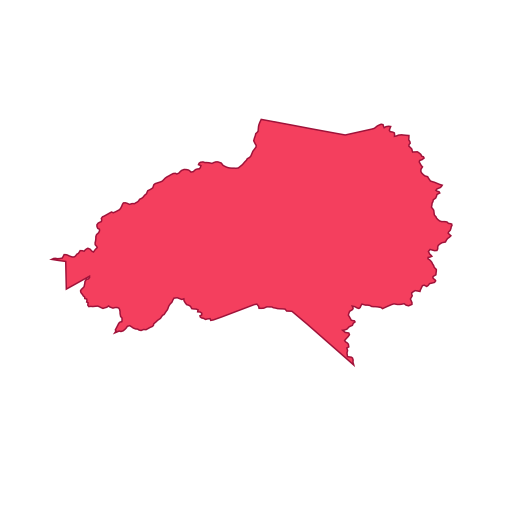 Boa Viagem, Ceará, Brazil, rotated 255°
{"feature_id": "56859067B12725266051245", "entity_name": "Boa Viagem", "entity_type": "district", "adm_level": 2, "iso_a3": "BRA", "parent_name": "Brazil", "parent_adm1": "Ceará", "projection": "equal_earth", "projection_center": [-39.829, -5.047], "detail": "fine", "context": "isolated", "style": "filled", "palette": "rose", "viewbox_px": 512, "rotation_deg": 255, "n_neighbors": 0, "source": "geoboundaries", "source_scale": "gbopen_adm2", "svg_char_len": 6107}
<svg xmlns="http://www.w3.org/2000/svg" viewBox="0 0 512 512"><g transform="rotate(255 256 256)"><path d="M306.7,87.5L305.5,86.3L304.5,85.1L304.1,83.4L302.8,81.8L302.2,80.4L302.4,78.8L303.1,77.5L304.4,75.6L305.8,74.0L306.5,72.7L307.0,71.0L305.4,69.6L304.1,68.2L304.4,65.4L304.8,63.4L305.6,61.8L306.0,60.1L305.6,57.8L302.7,64.3L300.0,70.8L273.1,64.2L279.6,90.0L278.3,89.7L277.2,88.2L277.3,86.1L275.8,84.3L273.6,83.4L272.1,82.6L270.9,82.1L269.8,80.3L268.9,78.6L267.8,77.5L266.4,77.4L264.9,77.8L263.7,78.5L262.2,78.8L260.8,79.9L259.2,79.6L258.3,81.3L256.7,81.2L255.4,80.5L254.3,81.7L252.1,80.8L250.4,81.4L250.1,83.4L249.4,85.3L249.0,87.9L248.6,90.1L247.7,91.4L246.5,92.7L245.0,94.6L245.1,96.3L245.1,98.6L245.9,100.7L244.6,101.6L242.7,104.3L242.7,106.5L242.2,108.5L241.3,109.9L239.8,110.4L237.5,110.3L235.5,109.8L232.6,109.6L230.8,110.5L228.7,110.0L227.3,109.4L227.4,107.7L226.6,106.1L223.7,103.5L221.0,101.0L219.8,101.4L218.3,99.7L218.9,104.4L218.0,106.0L218.1,108.3L219.1,110.5L220.1,112.1L221.4,113.6L221.4,116.0L220.0,117.3L218.2,118.8L216.7,120.8L216.0,122.8L214.8,123.8L213.8,125.7L214.1,128.4L213.3,130.7L214.4,135.1L214.8,137.8L215.6,139.0L217.0,139.7L217.6,141.0L218.4,142.7L219.3,144.2L219.9,145.9L220.5,147.6L221.6,148.8L222.9,150.4L223.3,152.1L225.7,154.8L227.0,156.5L228.3,157.5L229.4,158.2L230.6,159.2L231.8,160.6L233.1,162.8L235.0,164.3L236.5,165.8L236.1,169.1L233.2,173.1L233.3,175.2L231.4,174.9L229.2,175.5L227.0,176.4L226.0,178.0L224.9,179.3L223.4,180.0L221.8,180.3L221.0,182.1L220.2,184.5L219.0,186.1L217.2,185.2L216.3,187.6L214.8,188.8L213.1,188.3L212.8,186.4L211.5,186.4L210.2,187.5L209.3,189.3L207.8,190.8L207.8,192.9L207.4,195.4L205.5,195.6L205.3,198.4L206.0,207.1L209.5,241.6L209.3,244.4L206.7,245.5L204.7,245.4L204.0,247.9L203.6,250.0L204.1,253.3L202.7,258.1L201.6,259.3L200.7,261.3L199.6,263.2L198.8,265.5L198.0,268.1L197.2,270.3L194.9,271.4L194.2,273.7L193.3,276.4L176.8,287.9L125.4,322.2L128.4,322.2L130.4,322.9L132.5,322.8L133.6,321.9L135.1,318.3L138.8,318.8L141.0,320.0L143.6,319.9L144.2,322.1L146.9,322.4L148.6,321.5L149.7,320.4L151.4,319.7L152.8,321.7L154.4,324.3L155.8,325.9L157.6,325.7L159.1,322.4L161.8,320.5L161.6,322.1L161.8,324.9L163.5,327.6L164.1,331.2L165.8,332.5L166.7,334.6L167.9,334.3L168.5,332.9L169.3,331.4L170.6,331.1L173.0,330.5L175.0,329.9L176.7,330.9L178.3,332.1L179.3,335.4L180.4,336.3L182.7,336.0L181.4,338.5L179.7,340.2L178.7,341.8L179.3,343.3L181.0,344.6L182.1,345.9L181.1,347.6L180.3,348.9L179.7,351.0L178.7,353.3L177.4,354.5L176.6,356.5L176.2,358.1L175.4,360.3L173.9,363.5L172.4,364.6L172.8,366.6L173.4,370.3L174.0,374.5L174.1,376.9L172.6,380.0L172.1,381.9L171.8,383.5L171.6,386.8L169.7,388.2L168.4,390.5L168.9,394.1L170.6,394.6L172.6,394.3L174.5,394.0L177.1,396.6L178.8,396.5L180.1,396.8L180.8,398.7L181.4,400.7L180.4,403.0L179.3,405.2L180.8,406.1L183.1,408.1L184.3,409.1L184.3,410.9L182.4,413.0L183.1,414.8L184.4,416.5L184.3,419.4L184.3,421.6L185.5,423.1L186.6,422.8L188.0,421.7L189.2,421.2L190.4,421.8L191.3,424.9L193.2,425.6L194.8,426.3L196.4,426.7L197.8,425.8L199.1,425.2L200.9,425.1L202.6,424.5L204.4,424.2L206.2,423.4L207.5,422.6L208.8,421.4L210.1,421.9L209.9,423.7L210.2,425.8L211.3,425.3L212.8,424.3L215.7,423.7L217.3,425.8L214.9,429.9L214.5,432.2L215.9,433.4L217.8,433.9L219.1,434.8L220.1,437.0L220.7,439.1L220.5,442.6L222.3,444.3L223.3,445.6L224.1,447.7L225.1,449.5L228.3,447.5L229.4,448.3L230.6,450.3L232.5,451.6L233.7,452.1L234.8,453.2L236.2,453.3L237.0,452.0L237.7,450.3L239.4,449.3L240.3,447.4L241.2,444.2L242.4,442.4L244.4,440.9L246.1,440.1L247.3,440.0L248.5,439.3L249.6,438.9L254.2,439.5L255.9,438.9L257.7,438.1L259.7,439.1L261.5,439.8L262.6,440.9L264.4,441.8L265.5,444.6L267.0,445.8L268.6,446.7L269.3,449.8L270.8,449.4L271.5,447.9L272.9,446.8L274.0,448.3L274.4,451.7L275.1,453.0L276.2,454.2L277.7,451.8L281.0,447.5L282.1,445.7L283.3,443.9L286.3,442.8L288.2,442.3L289.7,439.8L291.5,438.5L293.3,437.5L295.2,437.1L297.2,437.9L299.0,439.9L300.4,439.1L303.0,438.4L304.6,438.0L305.9,438.8L306.1,441.5L307.1,443.7L308.5,443.4L309.5,441.9L311.5,441.5L313.6,440.0L314.9,438.8L315.3,436.8L315.9,434.2L317.2,434.1L318.9,434.2L320.7,433.3L322.5,432.1L324.1,432.7L325.0,434.1L326.8,434.2L328.7,433.6L331.0,434.4L332.8,434.9L333.6,432.6L334.5,430.2L335.4,427.9L335.9,424.9L335.6,422.9L335.7,420.7L337.1,421.2L339.1,421.5L340.3,420.1L341.4,417.8L342.9,417.3L344.6,418.4L346.2,419.6L347.0,417.7L347.3,415.0L346.7,413.0L348.6,412.7L350.0,412.7L350.9,411.0L350.6,408.7L350.2,406.8L348.7,403.4L348.6,400.9L349.8,373.5L353.8,365.0L364.4,342.7L372.8,325.3L386.6,296.4L384.0,294.2L381.9,292.7L380.3,291.9L376.0,290.3L375.1,289.1L374.2,287.4L372.6,286.6L370.3,285.0L367.9,283.6L364.8,284.2L362.7,284.8L361.2,284.2L358.0,280.1L354.0,277.0L352.9,275.4L352.2,272.7L351.0,271.6L349.8,269.5L347.8,266.6L345.6,261.7L345.9,259.3L346.5,257.7L347.0,255.7L347.9,253.2L348.7,251.7L349.5,250.5L350.9,248.8L352.4,247.4L353.6,247.0L354.9,246.4L355.8,245.0L356.8,243.5L357.3,241.7L357.2,239.4L356.8,237.5L358.3,234.6L359.0,232.6L359.5,230.8L360.6,229.1L360.9,226.6L360.3,225.0L359.1,224.1L357.6,226.2L355.8,225.1L354.9,223.8L355.2,222.1L355.2,220.5L354.7,219.0L353.7,217.3L353.9,214.9L355.6,213.9L356.6,212.9L357.5,211.1L358.2,209.0L357.9,206.2L357.0,204.4L356.0,202.9L355.7,200.7L356.7,199.6L357.1,197.4L356.5,194.7L355.9,192.5L355.5,190.6L354.7,188.4L353.7,186.8L352.6,184.9L352.3,183.1L352.0,177.4L351.3,175.8L348.5,173.9L347.6,171.1L347.1,168.4L345.7,167.2L344.5,166.4L343.5,164.1L342.1,162.3L341.3,160.5L340.9,158.2L339.8,157.1L339.0,155.8L338.5,153.7L338.0,152.2L338.7,149.9L338.6,147.1L340.3,145.1L341.2,143.6L341.6,141.7L340.6,140.5L339.0,139.3L337.2,137.7L336.1,136.2L335.6,134.2L335.1,132.0L334.7,129.3L335.9,127.8L333.8,119.5L333.6,117.9L332.3,116.3L330.7,116.3L329.3,115.5L329.0,113.6L328.6,112.0L327.3,110.4L325.5,110.0L323.6,110.3L322.4,111.7L320.8,111.4L319.2,110.0L317.9,107.5L316.3,106.4L314.0,105.7L312.0,104.9L310.4,104.0L308.5,103.6L306.5,104.6L305.2,104.8L304.3,103.2L303.3,101.7L301.9,100.1L302.8,99.0L303.9,98.3L305.4,97.6L307.0,95.6L306.6,93.9L306.0,92.5L305.1,91.2L306.1,89.5L306.7,87.5Z" fill="#f43f5e" stroke="#9f1239" stroke-width="1.5"/></g></svg>